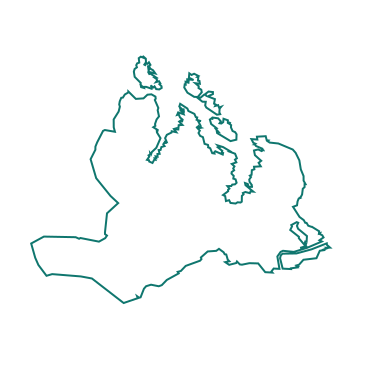 Porsgrunn nor, Telemark, Norway, rotated 192°
{"feature_id": "86288312B50854696471252", "entity_name": "Porsgrunn nor", "entity_type": "district", "adm_level": 2, "iso_a3": "NOR", "parent_name": "Norway", "parent_adm1": "Telemark", "projection": "equal_earth", "projection_center": [9.72, 59.108], "detail": "fine", "context": "isolated", "style": "outline", "palette": "teal", "viewbox_px": 384, "rotation_deg": 192, "n_neighbors": 0, "source": "geoboundaries", "source_scale": "gbopen_adm2", "svg_char_len": 6070}
<svg xmlns="http://www.w3.org/2000/svg" viewBox="0 0 384 384"><g transform="rotate(192 192 192)"><path d="M266.3,271.4L275.2,277.1L275.0,276.1L278.0,273.4L279.2,270.0L280.8,269.4L281.5,265.7L281.4,262.5L280.3,260.5L280.5,255.4L283.7,246.7L282.0,239.0L279.9,234.9L290.1,234.5L291.7,233.3L295.1,220.8L295.9,216.3L295.3,213.2L298.0,203.0L288.6,185.6L270.9,171.2L261.9,165.8L270.7,153.5L268.7,134.2L268.3,132.7L266.1,131.7L267.3,128.8L272.7,124.1L291.6,123.8L292.7,122.8L296.4,123.6L327.6,117.6L338.6,108.2L331.7,95.1L327.1,88.7L316.9,79.8L311.7,82.6L283.2,86.3L271.9,86.6L235.8,69.2L222.9,76.9L224.0,78.6L221.7,77.6L220.4,78.3L218.9,87.4L217.3,90.3L212.8,92.8L204.9,92.9L202.2,94.6L198.4,100.7L188.1,109.6L189.4,110.9L186.5,112.4L182.8,118.4L169.8,126.5L168.8,128.3L169.7,129.8L164.3,137.1L156.0,139.5L153.8,142.0L148.5,139.6L147.1,137.9L145.5,138.0L143.0,133.3L141.1,132.0L144.9,130.3L140.5,128.5L134.0,131.7L133.6,133.4L130.1,131.1L128.0,131.3L121.1,134.3L112.4,135.9L103.7,128.8L96.6,129.9L97.8,130.8L96.2,134.1L90.5,135.0L95.1,146.7L92.9,151.8L90.8,153.4L79.9,154.6L69.0,160.7L70.3,162.0L73.7,160.1L74.6,159.8L69.6,162.6L77.9,169.0L78.1,170.4L88.0,175.3L87.0,179.2L88.0,180.3L83.3,184.3L81.7,184.0L82.3,180.7L80.6,178.1L70.4,172.8L69.6,167.4L70.9,167.2L71.1,164.9L69.6,165.2L69.8,163.4L67.6,161.5L54.7,170.6L57.3,171.3L53.9,174.9L55.6,176.8L58.3,177.4L58.1,178.3L59.2,177.6L59.4,180.0L68.0,183.1L67.3,182.7L71.3,183.2L73.5,185.6L74.8,185.4L76.8,187.7L81.6,189.9L90.1,198.5L86.5,200.8L86.8,204.7L86.3,207.7L85.3,208.4L86.4,208.6L84.9,208.7L83.8,212.4L84.3,218.2L82.9,220.2L83.5,223.1L82.6,223.3L85.2,226.3L86.2,230.8L90.3,236.8L93.6,245.3L98.8,251.9L102.3,254.5L117.6,257.4L126.3,256.5L128.6,257.4L128.0,258.3L129.7,258.2L131.5,261.9L140.0,259.6L139.0,256.9L144.9,256.1L142.3,252.9L140.1,252.4L140.7,251.9L139.8,252.1L140.4,251.6L139.5,251.7L140.1,251.3L139.0,250.3L132.2,249.0L131.3,247.9L133.5,248.1L131.3,247.6L132.4,246.5L136.1,247.4L140.0,245.5L138.1,241.1L130.8,236.9L132.9,234.4L130.1,231.4L136.6,229.6L135.7,227.2L138.0,225.8L137.3,221.2L138.8,220.0L137.4,218.9L138.6,216.1L137.8,213.9L134.9,211.2L135.0,209.8L133.6,209.6L137.8,208.9L139.1,211.4L142.0,211.8L141.1,209.8L132.1,205.1L134.9,204.7L135.2,202.9L139.8,203.1L142.0,201.6L141.1,200.4L142.4,198.6L141.3,192.9L142.3,191.8L145.3,191.4L146.9,189.8L152.1,189.3L154.0,191.7L156.9,190.2L158.7,194.9L161.0,195.5L156.8,200.3L157.2,201.6L156.1,203.1L158.6,205.1L154.8,206.0L154.2,207.6L151.6,208.4L150.3,210.3L152.0,213.4L154.4,213.7L154.5,216.4L157.2,218.2L157.3,219.8L155.3,222.0L156.6,223.6L155.8,225.9L158.9,227.7L154.8,230.2L156.7,232.6L155.1,234.3L157.8,238.4L163.9,239.3L163.2,239.8L170.9,242.4L176.5,242.9L174.6,241.6L175.9,241.0L170.9,238.5L171.2,236.6L169.7,236.6L169.7,235.0L177.7,236.7L178.5,235.4L178.0,234.3L180.3,234.2L183.3,238.6L186.3,239.2L185.3,239.5L186.2,241.4L189.7,241.7L192.7,247.9L195.7,248.6L197.9,251.1L197.1,253.6L200.6,256.1L199.5,257.6L198.6,255.8L196.5,256.7L198.4,257.1L197.0,257.6L197.3,258.5L201.0,262.9L197.9,263.2L202.5,263.6L202.4,266.0L203.9,266.1L205.9,268.9L212.4,270.5L213.9,272.7L221.9,275.8L222.2,273.0L218.9,270.8L217.4,271.1L216.9,269.6L220.9,271.2L220.0,269.6L221.0,269.6L217.2,268.0L216.2,266.3L223.0,267.1L222.0,266.8L222.6,264.3L221.1,265.1L219.2,262.4L216.2,260.8L216.3,259.4L217.4,259.9L217.8,257.7L218.3,259.1L219.2,258.2L215.3,255.6L218.9,254.6L218.4,250.3L221.1,250.0L220.9,250.9L222.8,249.9L219.8,247.2L224.5,247.2L224.4,245.9L228.5,242.7L229.5,239.1L227.1,235.6L228.7,235.5L228.0,234.5L229.6,234.0L230.0,232.7L228.4,231.2L231.3,229.6L231.5,226.6L233.3,226.1L231.6,222.6L233.7,222.0L233.0,219.3L235.0,219.3L234.0,217.5L235.6,217.2L234.6,215.9L235.6,215.9L236.7,212.2L240.2,212.9L240.6,214.1L242.7,214.1L241.1,217.8L242.1,218.8L240.6,220.2L240.9,221.1L239.9,220.2L239.6,222.7L236.1,227.8L234.0,238.1L238.7,243.0L239.2,244.6L238.5,244.2L238.4,245.5L243.3,247.3L241.6,249.1L242.3,250.8L241.7,255.6L240.0,259.1L242.6,264.9L242.4,267.2L247.5,274.3L246.9,275.7L247.6,277.7L252.0,279.1L255.8,277.9L258.9,273.5L266.3,271.4ZM49.5,169.8L63.1,160.8L77.1,153.6L90.6,150.5L92.0,148.5L92.1,145.6L87.4,135.9L79.1,137.2L79.4,137.9L73.3,140.1L74.0,140.5L72.9,141.2L74.5,141.9L72.2,143.1L68.9,148.9L56.5,153.1L54.8,161.1L51.0,162.5L51.6,162.9L47.6,165.4L48.3,165.6L45.4,166.3L49.0,168.3L49.5,169.8ZM263.6,284.0L260.5,283.8L261.1,284.8L258.6,285.3L252.9,284.6L252.8,285.9L254.7,287.6L251.4,286.3L250.6,287.5L248.4,285.2L245.4,285.5L243.3,287.5L243.8,289.1L246.3,290.7L245.5,291.6L247.3,293.5L250.1,292.0L249.3,293.7L249.9,295.0L252.2,296.0L250.8,296.5L257.2,299.1L258.3,298.5L259.7,300.1L259.6,301.5L257.4,299.3L258.3,300.5L252.5,300.3L255.4,303.0L258.8,304.1L259.8,302.1L261.0,305.4L259.3,305.1L260.2,306.4L259.1,307.7L261.1,309.9L262.1,308.2L263.4,308.6L264.2,306.4L265.1,306.7L264.0,309.3L264.9,312.8L268.5,314.8L267.3,313.2L270.2,313.7L271.9,311.8L270.5,307.6L272.4,306.4L272.9,304.4L271.8,302.5L273.7,300.4L273.9,297.6L272.0,292.7L264.8,288.0L264.8,286.5L263.2,285.3L264.0,284.9L263.6,284.0ZM164.9,249.8L159.5,252.4L160.4,257.7L162.2,259.5L165.0,260.1L167.4,263.4L167.6,265.5L169.5,266.5L169.2,267.5L170.4,267.9L169.3,267.3L169.7,266.5L171.3,267.0L171.8,269.6L176.4,270.2L176.0,266.8L177.5,265.1L179.3,265.0L178.5,267.1L181.7,269.5L187.5,269.1L188.1,268.2L186.3,267.8L188.5,267.8L189.6,266.6L187.4,262.5L181.2,259.5L182.1,258.9L178.9,256.5L180.4,256.6L179.7,254.9L164.9,249.8ZM221.5,295.7L221.3,292.6L217.1,288.2L209.6,285.5L206.1,286.2L203.2,291.6L204.2,294.0L207.2,295.0L207.4,296.9L211.4,299.1L206.8,299.5L207.8,302.2L209.3,302.2L209.7,305.6L210.7,305.6L209.7,306.8L214.5,308.1L216.8,306.4L219.3,307.5L218.8,303.2L213.8,301.9L220.1,301.3L219.9,300.1L218.4,300.1L218.2,298.2L221.2,298.5L220.5,295.7L221.5,295.7ZM183.7,272.8L180.6,274.0L181.8,275.6L182.3,279.3L181.2,281.4L183.1,280.2L184.5,282.4L187.2,281.0L186.8,282.4L188.8,283.0L188.9,287.6L196.5,288.8L191.9,292.1L192.3,294.1L196.7,293.7L199.1,290.9L198.6,289.7L200.3,289.8L203.3,286.0L206.8,285.6L200.6,282.5L197.3,283.1L197.1,279.4L195.6,277.6L183.7,272.8Z" fill="none" stroke="#0f766e" stroke-width="2"/></g></svg>